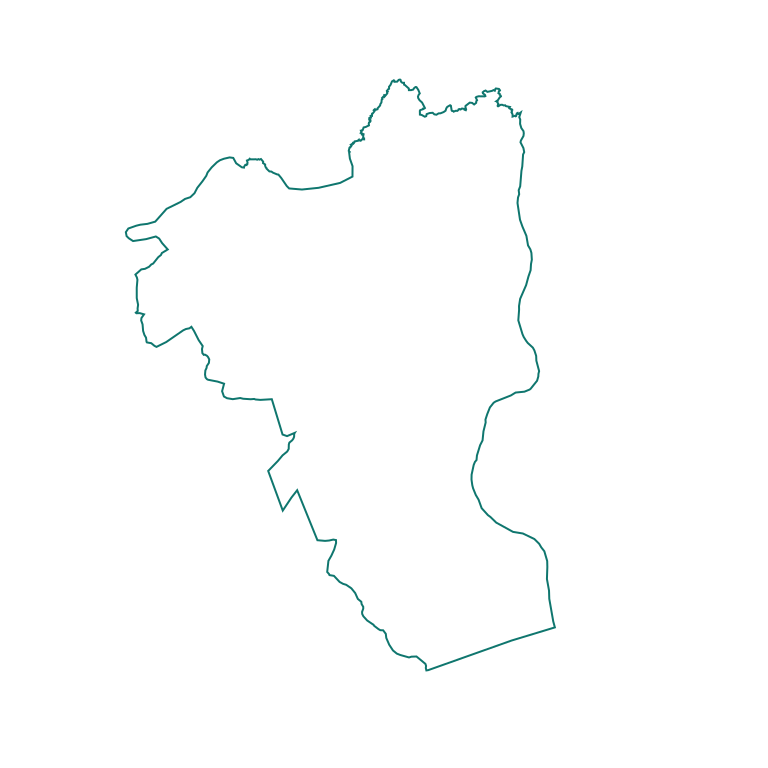 Nandom, Upper West, Ghana (Mercator projection), rotated 162°
{"feature_id": "2480657B7958262081913", "entity_name": "Nandom", "entity_type": "district", "adm_level": 2, "iso_a3": "GHA", "parent_name": "Ghana", "parent_adm1": "Upper West", "projection": "mercator", "projection_center": [-2.792, 10.867], "detail": "fine", "context": "isolated", "style": "outline", "palette": "teal", "viewbox_px": 768, "rotation_deg": 162, "n_neighbors": 0, "source": "geoboundaries", "source_scale": "gbopen_adm2", "svg_char_len": 6162}
<svg xmlns="http://www.w3.org/2000/svg" viewBox="0 0 768 768"><g transform="rotate(162 384 384)"><path d="M430.4,98.2L342.0,100.6L296.7,99.7L296.4,105.9L293.2,128.6L290.9,136.5L289.3,148.2L285.2,159.5L283.5,165.2L283.2,175.4L284.9,180.0L285.8,184.1L288.9,190.1L298.1,198.9L307.0,203.5L320.1,217.5L323.9,224.7L325.7,227.2L329.5,235.7L329.8,244.8L331.0,250.1L331.5,257.3L331.3,260.5L330.3,266.1L328.7,270.7L323.7,279.3L321.6,281.8L319.5,283.1L317.7,287.3L311.5,296.1L307.7,299.9L304.0,308.3L299.2,316.0L298.5,318.8L295.0,323.6L290.5,329.0L285.5,332.3L283.3,332.9L266.9,333.9L261.5,335.2L252.8,333.3L247.3,333.7L246.1,334.1L237.4,339.8L234.9,343.5L234.0,345.9L232.5,348.3L231.9,359.1L230.6,363.7L230.6,369.5L231.2,372.6L234.6,378.6L235.5,381.2L236.6,385.6L236.9,388.7L236.6,403.0L232.6,412.8L231.5,416.4L228.2,422.9L218.3,434.1L213.4,441.6L209.4,446.9L207.1,452.7L205.0,456.5L203.3,463.1L203.2,466.8L204.2,471.3L202.8,480.9L203.7,490.9L203.9,498.2L201.1,514.9L198.9,520.0L196.8,522.7L196.0,526.7L193.4,529.9L187.4,544.3L185.3,548.1L180.8,559.3L179.0,561.2L178.5,565.3L179.5,571.7L178.6,573.2L174.7,576.8L173.6,579.2L173.2,581.4L174.3,584.9L174.2,589.3L172.7,593.5L172.9,596.0L170.0,600.0L172.6,599.2L173.0,599.4L173.1,600.5L174.1,600.3L175.5,598.0L176.0,597.9L176.4,598.6L179.1,598.6L178.4,600.6L178.8,603.0L178.2,603.3L178.1,604.7L177.3,605.0L177.3,605.4L179.5,607.3L179.7,607.8L178.7,608.6L182.2,610.6L182.6,611.6L184.0,611.9L185.4,613.1L187.1,613.5L189.4,612.8L189.9,613.0L190.0,613.4L188.7,615.3L189.2,616.9L188.8,617.5L189.8,618.2L187.9,618.8L185.3,620.9L183.9,621.4L183.9,622.3L184.6,623.4L184.3,624.2L185.3,625.2L184.2,627.0L183.0,627.3L183.0,627.7L183.5,629.1L186.3,630.5L186.9,630.2L188.0,628.7L189.0,629.7L190.7,629.4L195.4,629.9L196.7,631.7L198.4,631.6L200.0,630.9L200.1,629.9L198.6,627.7L198.6,626.5L199.3,626.4L205.1,628.4L207.4,628.5L208.2,628.1L207.8,625.1L208.8,624.5L209.5,622.9L211.9,622.0L213.3,624.1L215.5,625.1L220.5,623.3L221.0,622.3L221.0,619.8L221.6,619.1L222.7,620.0L222.5,620.7L224.7,621.9L226.3,621.4L227.0,622.1L228.1,622.2L228.4,621.7L229.8,621.1L231.4,621.7L233.6,621.5L233.9,622.2L234.9,622.7L235.1,623.4L234.4,628.0L235.0,628.7L238.2,628.0L239.6,626.9L241.0,624.9L243.3,624.2L246.6,624.0L248.5,624.5L250.9,623.9L252.8,624.9L253.9,626.9L256.9,627.6L260.0,627.5L261.1,625.7L262.6,625.6L265.1,628.3L266.6,629.1L265.5,632.7L264.9,633.3L262.0,633.3L261.8,633.8L260.5,633.5L259.8,633.8L260.8,639.9L262.5,642.9L263.1,645.3L262.9,646.8L261.6,648.4L260.2,649.3L260.5,653.1L261.4,656.3L262.3,656.7L264.1,656.0L265.2,655.0L267.3,655.1L269.5,655.8L269.1,657.4L271.8,662.0L272.4,662.5L271.9,664.3L273.5,664.8L274.5,666.5L274.2,667.8L274.7,668.6L276.1,668.7L278.0,667.5L280.7,668.2L280.5,669.4L280.8,669.8L282.9,669.3L285.3,666.5L287.4,665.1L287.8,663.5L288.4,662.9L289.4,662.9L290.1,662.0L290.7,661.9L290.8,661.4L290.2,660.8L291.0,660.3L291.1,659.4L293.1,658.1L294.2,658.6L294.2,657.4L295.1,656.9L295.5,657.7L297.5,656.6L297.3,655.6L298.3,655.1L299.5,652.5L301.1,651.2L301.6,650.1L305.0,648.1L305.3,647.3L307.4,647.3L307.7,648.2L308.8,647.8L309.1,647.6L308.6,647.0L308.7,646.4L311.1,644.8L311.8,644.8L312.5,642.9L313.0,643.3L314.0,643.1L314.1,641.4L315.8,641.5L316.4,640.0L316.1,638.9L315.4,639.1L315.5,638.3L316.2,637.6L317.4,637.4L318.1,636.2L318.4,634.6L322.0,634.1L324.1,634.3L325.7,632.2L326.2,632.3L326.7,631.7L327.7,632.0L327.7,630.5L328.5,629.9L328.0,629.5L328.0,628.7L327.1,628.7L326.4,628.0L327.4,627.5L326.8,626.9L327.8,624.6L327.0,623.8L327.3,622.8L329.2,623.5L330.9,622.6L331.2,623.1L332.4,623.2L332.4,624.1L334.0,623.4L336.9,623.8L337.3,623.2L338.5,623.1L338.3,622.4L339.2,621.9L339.8,622.3L341.6,621.8L341.1,620.8L342.1,620.0L342.7,620.0L343.0,619.4L343.8,619.4L345.5,616.6L344.9,615.3L345.6,615.0L346.8,608.9L346.6,600.9L349.9,591.0L363.6,588.8L385.6,590.8L401.9,594.3L413.8,599.3L415.3,602.3L418.1,611.8L419.7,615.8L420.8,616.3L424.3,619.3L425.4,620.8L427.3,621.6L429.1,625.0L429.0,625.6L429.5,626.3L429.6,628.5L429.2,629.5L430.8,631.5L430.2,632.8L431.5,636.0L433.1,635.9L434.0,636.7L435.3,636.5L436.4,637.3L441.8,639.0L442.1,639.7L443.4,639.0L445.3,638.9L445.3,637.0L446.0,635.4L446.8,635.4L447.1,634.7L448.3,635.2L450.0,633.8L450.3,633.1L452.2,634.0L456.4,639.6L457.5,645.6L460.8,647.2L466.6,647.7L470.9,647.5L474.4,646.5L480.9,643.3L486.4,639.7L488.7,636.9L494.0,632.9L500.9,628.3L505.3,624.0L510.5,621.5L516.1,621.5L521.2,620.0L536.6,617.8L551.4,609.1L559.5,609.4L566.5,610.8L570.7,611.1L579.1,610.9L582.6,608.2L583.1,604.2L581.7,601.5L578.5,597.5L565.5,595.3L555.4,594.8L552.9,591.8L551.5,586.6L548.1,578.8L554.8,577.2L556.3,575.6L559.5,574.4L566.3,569.9L568.4,569.6L571.2,568.1L575.7,567.4L579.4,568.0L586.6,564.9L586.1,561.7L586.3,559.3L589.4,552.0L592.6,542.1L593.4,535.3L595.0,532.0L595.6,529.6L598.0,528.5L597.6,527.8L594.4,526.9L590.7,524.4L594.3,521.7L595.3,519.5L595.2,515.3L596.7,508.9L596.7,504.7L596.0,501.6L596.8,497.5L596.6,496.8L592.7,494.7L590.5,491.2L588.9,489.6L578.1,491.2L558.4,497.1L555.4,497.5L551.8,497.1L549.5,497.9L548.3,493.2L546.7,483.0L544.7,476.1L546.3,473.5L547.2,469.5L546.4,467.4L545.3,467.3L543.7,465.6L543.0,464.0L542.6,461.4L544.0,458.2L547.0,455.8L547.8,454.1L549.7,452.1L551.3,448.3L551.7,445.3L550.9,443.3L550.0,442.4L541.5,437.7L536.0,433.7L540.2,427.2L540.1,421.6L537.7,419.0L532.5,416.3L525.1,415.1L522.5,413.5L515.5,410.7L512.1,409.9L511.0,409.0L506.5,407.1L495.4,404.2L496.1,367.3L492.3,364.4L484.0,365.1L484.8,364.4L485.8,361.6L487.1,360.0L488.8,358.8L492.1,357.5L493.2,355.9L494.7,351.7L496.9,349.7L502.5,347.5L508.7,343.6L521.0,337.1L519.4,294.9L507.1,304.6L499.4,309.8L495.6,256.0L488.5,253.0L484.6,252.1L480.3,251.7L477.9,250.4L478.7,247.6L482.5,242.0L487.1,237.0L491.5,233.0L496.1,222.8L495.0,220.3L494.9,219.1L490.9,217.0L487.4,209.5L484.7,206.6L482.0,204.7L478.2,199.8L476.0,194.1L475.3,187.7L472.9,183.9L473.3,181.6L472.6,178.5L473.2,176.7L475.3,174.0L475.8,172.0L475.4,169.4L473.1,164.3L468.3,158.1L468.1,157.1L465.0,152.6L463.6,151.0L460.9,150.0L459.5,145.8L460.3,141.8L459.6,134.4L457.8,127.8L455.1,123.6L452.2,121.2L444.7,116.2L442.2,116.2L437.3,114.8L431.1,105.0L431.1,102.9L432.0,101.0L432.2,98.5L430.4,98.2Z" fill="none" stroke="#0f766e" stroke-width="2"/></g></svg>